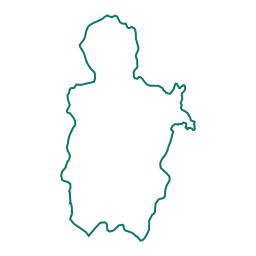 Lola, Lola, Guinea
{"feature_id": "49546643B14657084308206", "entity_name": "Lola", "entity_type": "district", "adm_level": 2, "iso_a3": "GIN", "parent_name": "Guinea", "parent_adm1": "Lola", "projection": "natural_earth1", "projection_center": [-8.248, 8.016], "detail": "fine", "context": "isolated", "style": "outline", "palette": "teal", "viewbox_px": 256, "rotation_deg": 0, "n_neighbors": 0, "source": "geoboundaries", "source_scale": "gbopen_adm2", "svg_char_len": 3700}
<svg xmlns="http://www.w3.org/2000/svg" viewBox="0 0 256 256"><path d="M90.3,68.1L94.4,72.3L94.9,74.3L95.0,76.2L95.1,77.5L95.1,78.4L94.0,81.9L90.6,82.6L86.7,83.5L83.9,84.2L81.2,84.8L76.4,84.6L73.9,88.0L70.7,88.2L69.6,90.1L68.9,93.0L67.4,95.3L67.7,97.8L68.3,100.5L68.8,102.3L69.5,104.0L69.7,105.3L68.6,107.6L66.8,110.6L67.4,112.5L70.1,113.4L73.7,118.1L75.0,120.8L75.4,124.7L72.6,128.6L69.6,135.3L68.4,139.5L67.9,143.8L66.8,147.4L67.5,150.3L69.2,153.7L70.0,155.6L69.5,158.4L68.5,160.5L67.3,162.0L66.5,164.5L66.0,165.5L65.6,167.2L65.7,167.5L62.3,171.2L61.2,175.4L62.1,179.8L64.5,181.1L67.9,182.0L70.3,184.0L70.5,187.8L69.2,191.4L69.8,192.3L70.4,201.9L70.2,202.7L69.9,203.4L70.0,203.4L71.1,203.5L71.4,205.2L71.5,205.3L71.8,207.3L72.1,213.5L70.0,219.1L70.6,219.7L70.6,219.8L71.2,220.5L72.3,221.8L74.2,224.0L85.7,231.9L86.9,233.4L88.7,235.8L95.0,228.3L99.8,223.2L102.2,222.5L103.0,222.5L104.7,222.3L105.7,223.0L106.4,223.5L107.0,225.7L107.1,226.9L107.4,230.1L108.4,230.8L109.4,231.5L110.4,231.3L112.0,231.0L112.9,230.6L114.1,230.1L118.6,225.6L118.9,225.3L120.8,225.1L122.9,224.8L123.6,225.8L123.6,226.5L123.5,227.1L123.9,228.7L124.9,229.8L125.0,229.9L125.5,230.5L132.0,232.7L136.4,236.4L136.8,236.5L137.5,236.9L140.5,240.6L142.5,240.2L144.8,238.0L146.2,235.5L147.6,232.9L148.2,231.5L149.1,229.4L149.2,222.3L149.2,222.1L149.2,220.5L152.2,214.8L153.8,213.6L154.9,212.2L155.1,209.6L155.5,204.9L155.7,203.3L157.8,200.6L158.9,199.3L161.1,198.7L163.4,198.1L164.9,196.6L165.1,193.4L165.4,189.9L166.5,185.7L169.5,180.7L169.7,178.5L169.4,176.4L168.9,175.9L167.5,174.3L167.2,174.0L167.1,173.8L160.7,167.9L160.4,165.7L160.2,164.7L160.3,163.8L160.5,162.2L162.2,158.8L162.2,158.6L162.4,158.4L162.6,158.2L164.9,155.4L166.7,152.1L167.2,151.3L168.7,146.0L170.6,141.4L170.6,141.2L171.3,138.6L173.1,131.6L171.0,129.1L171.3,128.4L172.2,126.3L174.3,124.6L174.6,124.5L175.6,124.0L176.3,124.2L177.5,124.6L177.8,124.7L178.3,124.4L178.9,123.9L179.7,124.0L181.8,124.2L182.2,123.8L183.1,122.6L183.8,122.5L184.8,122.9L186.0,123.5L186.4,124.4L185.5,127.4L185.7,127.7L186.1,127.6L186.6,127.4L187.0,129.1L187.4,129.2L187.7,128.9L189.3,127.7L191.9,128.6L192.5,129.3L193.1,130.0L193.8,130.0L194.2,129.9L194.8,128.6L194.6,128.2L194.5,127.3L194.6,125.8L194.4,125.5L193.8,124.5L194.6,122.5L194.6,121.7L193.0,121.2L191.2,120.6L189.9,117.2L187.6,113.1L186.4,112.5L185.2,111.3L181.7,109.7L181.2,108.6L180.9,107.7L181.8,104.8L181.7,104.7L180.9,103.7L180.7,102.5L181.9,100.4L182.3,98.4L182.1,97.2L181.8,94.9L181.9,94.2L182.0,93.4L183.8,91.4L184.6,90.4L184.8,89.9L185.2,88.7L185.1,86.6L184.1,85.2L183.0,85.2L182.8,85.4L182.4,86.0L181.1,86.8L180.9,86.9L180.2,88.1L179.0,87.8L178.3,86.5L176.8,83.8L176.2,83.7L175.8,83.6L175.1,84.4L173.5,89.5L173.2,89.9L170.8,93.2L170.0,93.8L169.9,93.9L166.7,92.9L165.9,92.6L164.9,91.2L164.7,91.1L163.3,90.1L163.1,89.3L162.9,88.6L161.5,87.5L158.4,85.8L150.2,85.7L149.6,85.5L147.7,84.9L145.7,83.4L142.1,78.5L139.7,76.9L138.7,77.1L137.4,78.8L135.9,78.5L134.7,78.2L134.3,77.5L134.2,77.1L134.0,76.7L133.9,76.5L133.8,73.9L133.7,72.5L133.7,72.3L134.0,71.6L134.2,70.8L135.6,69.2L136.9,67.8L137.3,66.7L137.5,66.1L137.2,64.1L137.2,63.7L137.4,61.4L136.0,56.8L135.9,55.0L137.7,51.1L137.8,50.9L138.0,50.1L138.4,48.7L138.4,48.0L138.3,47.3L137.5,44.2L136.1,39.3L136.0,38.4L135.8,36.3L135.9,35.4L135.9,34.9L135.5,31.3L135.4,30.9L134.4,28.2L133.7,28.1L132.8,27.6L131.8,26.8L129.4,28.2L127.3,27.4L125.9,23.8L122.0,23.5L119.8,22.0L118.5,19.2L117.0,16.5L115.0,15.7L111.8,17.2L108.2,16.0L107.3,15.4L104.8,16.9L102.1,19.0L97.6,21.2L94.4,22.5L89.9,25.0L87.8,27.2L86.1,31.6L85.0,37.1L84.1,38.9L83.1,40.6L81.9,42.1L79.7,45.1L80.3,47.3L82.5,50.7L84.2,53.9L85.6,58.8L87.3,63.4L90.3,68.1Z" fill="none" stroke="#0f766e" stroke-width="2"/></svg>